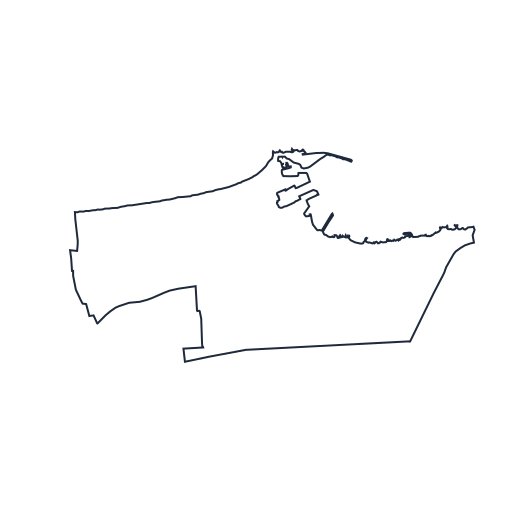 Al Dikhila, Al Iskandariyah, Egypt (Mercator projection), rotated 33°
{"feature_id": "37247803B81947016112808", "entity_name": "Al Dikhila", "entity_type": "district", "adm_level": 2, "iso_a3": "EGY", "parent_name": "Egypt", "parent_adm1": "Al Iskandariyah", "projection": "mercator", "projection_center": [29.797, 31.119], "detail": "fine", "context": "isolated", "style": "outline", "palette": "slate", "viewbox_px": 512, "rotation_deg": 33, "n_neighbors": 0, "source": "geoboundaries", "source_scale": "gbopen_adm2", "svg_char_len": 6152}
<svg xmlns="http://www.w3.org/2000/svg" viewBox="0 0 512 512"><g transform="rotate(33 256 256)"><path d="M431.4,244.1L431.8,243.8L425.2,189.9L423.2,169.4L422.8,166.8L421.6,161.9L420.7,146.7L421.0,143.5L423.1,138.0L425.4,133.3L428.8,128.9L431.5,126.1L426.4,120.6L425.1,115.0L422.4,113.0L421.8,113.8L418.2,116.6L417.8,118.3L417.0,119.9L415.9,120.3L414.2,119.9L413.8,120.2L413.5,121.3L412.7,122.4L411.7,123.1L411.0,123.2L408.5,122.3L408.3,122.0L408.5,121.0L408.1,120.5L407.6,120.9L407.8,121.7L405.8,121.8L405.8,122.0L406.9,122.4L407.8,122.4L408.5,123.2L408.4,124.5L408.2,125.1L407.4,126.2L406.3,127.1L404.8,127.2L403.4,128.4L402.1,128.9L401.4,128.8L401.1,127.9L400.2,126.6L399.9,126.5L399.9,127.8L399.1,128.8L397.9,129.7L396.5,130.2L396.6,131.0L396.2,131.9L395.6,132.1L394.8,131.8L394.8,132.1L396.3,133.3L396.4,133.7L396.2,135.6L394.9,137.9L394.4,138.5L393.9,138.4L392.8,141.9L392.2,143.1L391.9,143.0L391.7,143.5L391.8,143.8L391.3,144.4L390.3,145.2L390.0,145.0L388.5,146.3L387.5,146.4L386.9,145.7L386.6,146.0L386.4,146.1L386.3,147.1L383.1,149.1L382.7,149.9L382.0,150.5L381.5,151.6L377.6,154.4L377.1,154.5L374.6,152.9L373.1,152.5L372.2,152.7L368.2,155.8L367.7,156.3L367.5,156.9L367.7,157.2L368.6,157.0L372.2,153.7L373.2,153.5L374.3,153.6L373.5,154.8L374.2,154.2L375.4,155.0L374.4,156.6L373.1,155.6L370.4,158.4L370.7,159.2L369.9,160.4L369.6,160.7L368.7,160.8L368.2,161.4L367.8,162.4L368.0,162.7L367.5,163.2L367.9,163.7L367.8,164.3L367.3,164.7L366.4,164.5L366.1,165.0L366.4,165.4L365.5,165.4L365.4,166.1L364.8,167.1L363.1,167.1L363.3,167.8L363.1,168.4L362.3,168.5L361.7,169.6L359.9,169.8L359.6,170.0L360.0,170.5L358.8,171.4L357.5,170.2L357.0,170.3L357.0,171.0L357.7,172.2L357.5,173.5L355.0,175.5L352.6,176.2L352.6,177.5L352.1,178.4L351.4,178.9L350.7,178.5L349.2,178.5L349.0,179.1L348.6,179.3L348.9,179.6L348.3,181.1L347.7,181.2L347.2,181.0L347.2,181.6L346.8,182.0L343.4,183.0L343.0,183.6L341.4,183.9L340.0,184.0L339.7,183.8L339.2,181.2L339.3,180.6L338.6,180.7L338.3,181.8L339.1,184.5L338.6,185.5L338.9,186.9L338.2,187.8L336.8,188.7L331.7,190.6L327.1,191.2L325.5,190.9L323.9,190.3L323.5,188.5L323.1,188.2L321.6,189.0L322.6,189.9L322.2,190.9L321.2,191.5L320.2,190.6L320.4,191.4L320.2,191.7L318.7,192.1L317.8,191.9L318.1,192.9L317.2,193.4L317.2,193.9L316.9,194.3L316.1,194.2L316.0,193.1L315.2,192.7L315.0,193.5L315.7,194.4L315.8,195.2L315.6,195.8L314.9,196.3L314.3,196.2L314.0,195.5L312.0,194.9L310.5,195.7L311.3,197.1L311.1,197.7L310.3,198.2L309.3,198.0L308.9,198.9L307.9,199.8L305.8,200.4L303.4,200.2L301.7,200.8L299.5,199.7L298.8,199.0L298.4,188.1L298.5,180.1L298.1,179.6L296.9,178.8L296.7,179.6L297.3,198.9L295.3,199.5L293.8,200.8L293.0,200.9L292.1,200.6L286.7,198.7L284.4,196.8L280.0,192.1L279.8,192.4L278.9,191.4L278.8,191.5L279.6,192.5L279.4,192.7L278.5,191.8L278.4,191.9L279.2,192.9L278.0,194.2L276.4,195.5L274.9,195.2L273.6,194.6L273.2,194.1L273.6,185.4L271.0,184.0L268.1,181.8L269.3,179.2L274.9,170.5L274.4,170.2L274.1,170.4L274.2,170.0L272.4,168.8L271.6,168.5L268.1,169.4L259.7,182.4L261.9,183.7L262.2,184.2L261.4,185.3L260.5,187.2L259.4,188.5L259.0,190.2L256.8,193.8L254.3,197.7L252.6,199.3L251.7,201.2L250.2,202.3L248.5,202.5L247.5,201.7L245.0,200.6L244.5,199.8L244.7,199.2L244.0,198.4L244.6,197.6L244.5,197.3L245.0,196.4L244.4,195.5L242.5,194.2L242.7,193.9L242.4,193.7L242.1,194.0L240.7,193.0L240.2,193.0L239.4,191.7L239.8,190.8L244.3,184.2L244.9,185.1L245.4,185.0L246.4,182.4L249.7,176.1L250.1,176.1L252.3,177.5L253.1,176.7L260.7,164.3L254.0,159.1L252.8,159.0L246.4,163.2L247.5,165.5L247.3,166.3L241.4,170.4L235.4,174.1L233.6,173.2L232.5,172.3L231.3,170.7L230.9,169.5L236.1,164.0L236.0,163.6L236.9,162.7L236.3,161.9L235.3,162.8L234.0,162.9L231.9,161.1L231.2,161.0L230.8,161.3L231.3,161.8L231.3,162.9L232.9,164.1L233.4,164.8L231.9,166.4L231.1,166.6L230.5,167.2L230.0,166.7L229.4,166.9L227.9,165.4L228.6,164.3L228.5,164.1L227.5,165.1L226.6,164.2L224.6,163.4L222.8,164.2L222.0,163.1L221.1,161.3L221.0,160.4L223.7,158.5L224.0,158.6L223.9,158.4L226.2,156.9L228.5,157.5L231.1,156.7L236.7,157.1L241.5,155.5L242.9,155.4L243.7,155.6L246.0,157.1L248.4,156.6L251.4,153.7L252.7,151.5L257.1,139.5L258.7,136.3L260.1,132.4L262.5,131.3L263.3,131.3L264.4,130.3L266.5,129.7L269.0,129.0L269.6,129.2L270.4,129.0L271.5,128.3L275.0,127.4L276.4,127.4L277.5,126.6L280.5,125.8L284.4,125.1L284.5,124.0L283.9,123.6L283.1,123.6L260.2,130.8L256.7,132.5L250.2,137.0L240.0,145.5L239.6,145.1L239.9,144.8L240.1,145.0L241.5,143.7L241.0,143.3L241.2,142.4L240.1,142.0L239.2,142.0L238.4,141.4L237.3,141.2L237.0,141.8L237.3,143.0L236.6,143.4L235.8,144.5L234.2,145.0L233.2,144.6L232.6,144.7L231.4,145.9L229.4,147.1L227.9,146.6L228.2,147.6L229.0,147.7L229.8,148.5L230.0,148.3L229.8,147.7L230.5,148.0L230.3,148.8L229.3,149.6L227.6,150.1L224.4,152.2L222.8,154.5L222.0,154.9L221.0,154.5L220.6,155.0L220.1,155.1L218.4,154.4L218.3,154.8L218.7,155.8L217.9,157.2L216.6,157.7L216.2,158.6L215.4,159.2L213.3,158.9L213.4,159.4L215.4,162.3L216.4,165.5L215.6,168.3L215.2,170.8L215.4,175.2L214.3,180.5L212.5,186.7L211.5,188.9L210.5,190.4L210.2,191.6L207.8,195.7L203.9,201.1L203.3,202.7L201.6,204.4L200.3,206.7L195.4,213.2L189.4,219.6L188.3,220.4L185.6,223.4L184.6,225.1L179.3,229.7L178.1,231.6L175.6,234.0L174.0,236.1L169.5,239.8L168.6,241.5L161.8,246.9L158.6,249.1L156.5,251.8L152.9,255.6L150.3,257.6L146.7,260.9L145.7,262.4L140.4,266.7L138.7,268.4L138.1,269.3L135.6,271.0L124.3,281.1L120.9,283.4L118.6,285.9L116.1,288.1L113.6,291.1L109.2,294.2L107.2,296.0L103.2,298.8L102.6,299.8L101.3,301.0L99.4,302.5L98.2,303.0L96.2,305.2L94.5,306.3L91.1,309.5L89.0,310.7L87.0,312.8L83.8,314.8L82.4,316.6L80.2,317.8L84.6,323.8L98.2,340.3L100.2,343.5L103.2,349.2L96.9,352.4L102.4,358.8L109.8,368.7L110.7,368.1L113.5,372.3L123.3,382.4L133.8,388.9L136.5,390.4L139.7,388.8L148.9,397.1L152.1,394.3L159.5,399.0L159.8,398.9L162.2,387.4L163.9,381.9L166.3,375.9L168.4,372.7L175.1,364.3L183.5,357.7L188.6,352.0L191.4,348.3L199.0,336.8L202.4,332.1L208.7,325.7L221.8,314.2L236.1,333.7L236.8,334.1L238.4,332.8L238.9,333.0L244.2,338.4L258.0,358.2L260.0,360.8L261.0,361.1L261.5,361.5L245.6,373.2L254.0,383.4L271.7,365.8L298.5,340.3L430.9,244.2L431.3,243.9L431.4,244.1Z" fill="none" stroke="#1e293b" stroke-width="2"/></g></svg>